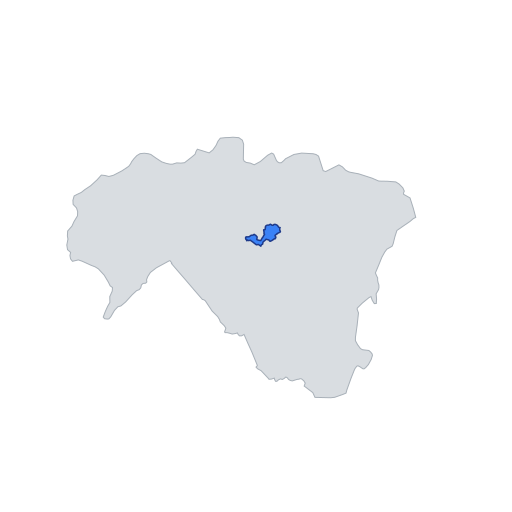 Kourweogo, Kourwéogo, Burkina Faso shown in context, rotated 50°
{"feature_id": "67063806B35388046796178", "entity_name": "Kourweogo", "entity_type": "district", "adm_level": 2, "iso_a3": "BFA", "parent_name": "Burkina Faso", "parent_adm1": "Kourwéogo", "projection": "equal_earth", "projection_center": [-1.825, 12.601], "detail": "fine", "context": "in_parent", "style": "filled", "palette": "blue", "viewbox_px": 512, "rotation_deg": 50, "n_neighbors": 0, "source": "geoboundaries", "source_scale": "gbopen_adm2", "svg_char_len": 7373}
<svg xmlns="http://www.w3.org/2000/svg" viewBox="0 0 512 512"><g transform="rotate(50 256 256)"><path d="M357.9,325.2L347.2,325.8L343.4,327.3L341.1,327.4L341.0,326.1L340.7,325.3L327.3,321.0L317.9,318.4L308.4,315.6L307.9,318.3L306.5,320.0L304.5,320.1L303.0,319.7L302.1,321.7L300.5,324.4L298.3,325.8L296.1,327.4L294.9,328.9L294.0,328.9L291.9,325.5L289.0,325.1L283.6,325.7L281.1,324.8L277.8,324.3L270.0,325.0L257.5,323.6L255.4,324.4L254.9,325.0L242.5,325.2L228.8,325.3L217.4,325.5L207.4,325.6L207.4,325.0L204.2,324.9L203.8,326.1L201.0,339.9L200.7,347.5L202.2,352.2L203.8,355.1L205.7,356.3L205.9,358.0L204.4,360.2L204.5,362.4L206.3,364.7L206.7,367.1L205.8,369.7L206.1,375.7L207.4,385.4L207.4,391.6L206.1,394.5L206.7,399.4L209.2,406.3L209.6,409.2L208.7,410.5L206.7,412.3L204.6,412.3L202.2,408.1L201.2,406.2L199.2,402.0L197.6,397.7L195.3,395.9L193.1,394.1L190.5,388.7L187.9,386.2L185.1,386.9L181.2,385.9L173.1,384.6L164.5,385.0L160.9,386.2L157.3,388.2L148.3,392.5L144.8,394.6L142.1,400.0L139.0,399.9L136.0,398.2L134.1,395.7L130.0,396.3L126.0,393.9L122.2,389.2L119.4,387.6L115.8,384.2L114.8,377.8L112.6,373.2L110.5,366.9L107.4,364.1L103.8,362.6L98.9,362.9L95.6,360.4L93.1,356.7L93.8,353.5L95.0,349.0L95.1,344.6L95.9,337.5L95.5,328.7L94.6,322.5L97.3,319.9L100.5,317.6L102.5,313.4L104.6,304.0L105.5,295.9L104.8,292.9L103.8,290.5L103.0,287.0L102.5,282.7L103.1,279.0L105.5,275.5L108.5,272.7L110.6,271.3L116.3,269.8L123.3,267.7L127.4,265.2L130.4,262.8L132.0,260.9L133.7,256.9L136.5,253.9L138.6,250.8L138.9,242.2L138.9,237.3L137.3,234.6L136.5,232.3L146.9,225.6L147.0,220.8L145.6,215.5L143.6,211.3L142.8,207.6L145.7,203.3L148.3,200.0L150.2,197.3L154.3,193.1L158.5,192.0L162.4,193.6L173.7,203.5L175.7,204.1L178.1,203.3L181.1,200.7L185.0,198.7L186.4,192.0L186.3,182.3L187.2,177.8L189.3,177.0L195.8,178.9L197.5,179.0L199.4,178.4L200.8,176.7L200.8,173.5L200.5,170.8L202.6,161.7L206.5,154.9L214.4,146.5L216.8,144.8L219.7,143.9L233.8,149.7L236.1,148.3L239.5,133.9L243.3,132.5L247.9,132.2L250.9,131.0L252.4,130.0L259.1,124.5L270.9,117.1L277.3,113.9L278.5,112.7L283.1,107.4L289.1,101.3L292.9,100.1L298.2,99.7L301.6,100.7L302.5,102.4L303.6,103.3L310.5,100.7L320.5,104.8L329.1,108.8L328.5,111.4L328.5,115.9L327.8,123.0L327.0,131.6L330.5,137.2L334.8,143.1L336.0,145.5L334.9,151.3L335.7,154.8L337.9,160.5L341.8,167.8L345.7,175.4L348.5,176.3L351.0,176.9L352.6,178.3L354.9,179.6L357.2,180.5L359.2,182.1L360.5,183.7L362.2,188.3L366.6,191.4L369.7,194.4L368.5,196.0L364.6,195.4L361.0,194.0L360.5,196.3L360.4,204.8L361.0,211.9L361.9,212.8L365.5,214.1L374.3,223.3L382.2,232.1L384.8,234.3L389.2,235.2L394.1,235.5L396.2,234.7L400.9,230.3L403.4,229.9L405.7,230.0L407.0,230.7L409.3,234.3L411.4,239.7L412.0,243.7L411.9,245.8L411.1,246.6L407.3,247.7L405.6,248.5L405.2,249.7L405.8,252.3L406.6,254.1L410.8,261.9L417.0,272.5L418.9,275.2L417.9,278.3L414.8,286.6L412.5,290.0L402.2,301.7L397.2,300.3L386.6,302.7L385.0,300.0L382.5,299.6L379.4,300.1L378.3,301.1L378.0,302.2L376.9,303.9L375.0,308.5L373.4,309.7L371.6,310.4L369.3,310.3L367.9,310.9L367.9,313.2L367.5,315.2L365.9,316.2L365.3,318.4L365.4,320.6L364.5,321.6L362.5,321.1L361.3,320.5L360.2,323.3L358.8,325.3L357.9,325.2Z" fill="#d9dde1" stroke="#a8b0b8" stroke-width="1"/><path d="M246.1,248.9L246.4,248.8L246.7,248.7L247.1,248.7L247.4,248.5L247.7,248.4L247.9,248.2L248.0,248.0L248.2,247.7L248.3,247.4L248.4,247.2L248.5,247.0L248.6,246.9L248.9,246.7L249.3,246.6L249.8,246.5L250.3,246.3L250.7,246.2L251.1,246.1L251.3,246.1L251.5,246.0L251.4,245.8L251.2,245.4L251.1,245.1L251.0,244.8L250.9,244.5L251.0,244.3L251.0,244.0L251.0,243.8L251.1,243.6L251.1,243.4L251.1,243.1L250.8,242.8L250.7,242.7L250.3,242.4L250.2,242.2L250.0,241.8L249.9,241.6L249.8,241.3L249.8,241.0L249.8,240.5L249.8,240.1L249.8,239.8L249.8,239.4L249.8,239.0L249.8,238.6L249.7,238.3L249.6,238.0L249.6,237.8L249.6,237.7L249.7,237.4L250.1,237.2L250.4,237.0L250.6,236.9L250.9,236.6L251.3,236.3L251.6,236.1L251.8,236.0L252.0,235.9L252.3,235.8L252.5,235.8L252.8,235.9L253.0,235.8L253.4,235.9L253.6,235.8L253.7,235.7L253.8,235.7L254.0,235.3L254.1,234.8L254.2,234.5L254.3,234.3L254.3,234.0L254.4,233.7L254.4,233.3L254.4,233.0L254.5,232.6L254.5,232.4L254.6,232.2L254.6,231.9L254.7,231.6L254.5,231.2L254.6,230.9L254.6,230.5L254.7,230.3L254.7,230.2L255.0,230.1L254.9,229.9L254.9,229.6L254.8,229.4L254.7,229.1L254.5,228.9L254.3,228.7L254.1,228.6L253.8,228.6L253.4,228.5L253.1,228.5L252.8,228.4L252.7,228.3L252.5,228.2L252.4,228.0L252.4,227.9L252.4,227.7L252.4,227.4L252.5,227.2L252.5,226.9L252.5,226.7L252.5,226.4L252.5,226.2L252.4,225.9L252.4,225.6L252.5,225.6L252.4,225.4L252.5,225.0L252.6,224.7L252.7,224.3L252.8,223.7L253.0,223.1L253.1,222.7L253.1,222.4L253.2,222.2L253.1,221.8L253.0,221.7L252.8,221.5L252.5,221.4L252.3,221.3L252.0,221.3L251.8,221.3L251.6,221.3L251.5,221.2L251.3,221.1L251.2,221.0L251.0,220.8L250.7,220.5L250.5,220.4L250.4,220.3L250.3,220.2L250.2,220.1L250.0,219.8L249.9,219.7L249.7,219.4L249.4,219.7L249.1,219.8L248.9,220.0L248.6,220.1L248.2,220.1L247.8,220.1L247.5,220.1L247.1,220.0L246.7,219.9L246.4,219.9L246.2,220.0L245.8,220.1L245.3,220.3L245.1,220.4L244.9,220.5L244.6,220.7L244.3,220.8L244.1,221.0L243.7,221.4L243.6,221.7L243.4,222.0L243.4,222.3L243.4,222.5L243.5,222.7L243.5,222.8L243.5,223.0L243.4,223.3L243.2,223.5L242.9,223.8L242.7,224.0L242.4,224.0L242.1,224.1L241.8,224.3L241.6,224.3L241.3,224.4L241.1,224.4L241.0,224.5L240.9,224.7L240.8,224.9L240.7,225.4L240.7,225.7L240.6,226.0L240.5,226.3L240.4,226.6L240.1,226.9L239.8,227.3L239.6,227.5L239.5,227.8L239.4,228.1L239.3,228.5L239.3,228.9L239.3,229.3L239.4,229.5L239.5,229.8L239.7,230.0L239.8,230.1L239.9,230.3L240.0,230.3L240.1,230.5L240.1,230.4L240.2,230.5L240.3,230.5L240.5,230.8L240.6,231.0L240.8,231.2L241.0,231.3L241.2,231.5L241.3,231.6L241.5,231.8L241.6,232.0L241.3,232.5L241.1,232.8L241.0,233.0L240.9,233.2L240.9,233.3L241.1,233.5L241.3,233.6L241.5,233.7L241.6,233.8L241.8,233.9L242.1,234.1L242.4,234.2L242.6,234.3L242.8,234.5L243.1,234.6L243.3,234.8L243.5,235.1L243.8,235.3L244.0,235.5L244.4,235.6L244.5,235.6L244.8,235.5L245.0,235.7L245.1,236.0L245.2,236.5L245.3,237.0L245.4,237.3L245.6,237.6L245.7,237.8L245.8,237.9L245.9,238.1L245.9,238.5L246.0,238.9L246.1,239.4L246.3,240.0L246.7,241.0L246.9,241.5L247.0,241.8L247.1,242.1L247.2,242.3L247.1,242.5L246.9,242.8L246.6,243.0L246.1,243.5L245.9,243.6L245.4,244.0L245.0,244.2L244.7,244.4L244.4,244.6L244.2,244.7L243.9,244.7L243.7,244.7L243.5,244.4L243.3,244.2L243.2,244.0L243.0,243.8L242.8,243.5L242.6,243.3L242.2,243.1L242.0,242.9L241.9,242.9L241.7,242.8L241.3,242.9L241.1,242.9L240.9,242.9L240.6,242.9L240.4,242.9L240.0,242.9L239.9,243.0L239.6,243.1L239.4,243.2L239.2,243.2L239.0,243.3L238.8,243.3L238.6,243.4L238.4,243.4L238.3,243.5L238.2,243.7L238.1,243.9L238.1,244.2L238.1,244.7L238.1,244.8L237.9,245.1L237.5,245.8L237.1,246.2L237.0,246.4L237.0,246.6L236.9,247.7L236.9,248.3L236.9,248.6L236.7,249.1L236.3,249.6L235.9,250.2L235.4,250.8L235.0,251.2L235.0,251.3L235.1,252.0L235.4,252.1L235.5,252.2L235.6,252.3L235.9,252.7L236.0,252.8L236.3,252.9L236.5,253.0L236.7,252.9L236.8,252.9L237.0,252.9L237.3,253.0L237.5,253.0L237.8,253.0L238.0,253.1L238.0,252.9L237.9,252.7L238.1,252.4L238.4,252.3L238.5,252.4L238.9,252.4L239.1,252.2L239.2,251.9L239.3,251.8L239.6,251.4L239.8,251.1L240.0,250.8L240.1,250.5L240.2,250.4L240.3,250.2L240.5,250.1L240.8,250.1L241.6,249.9L243.0,249.5L244.2,249.3L245.9,248.9L246.1,248.9Z" fill="#3b82f6" stroke="#1e3a8a" stroke-width="1.5"/></g></svg>